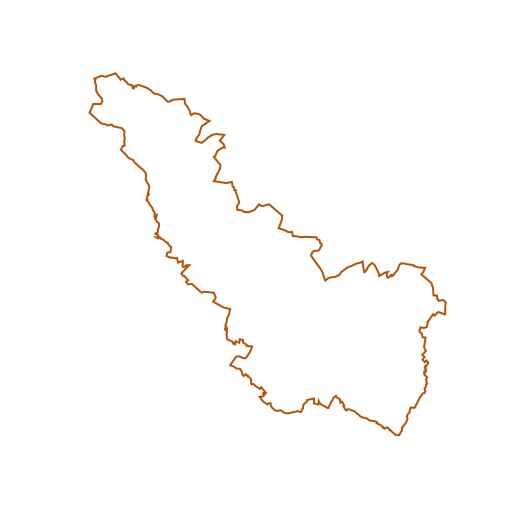 the district of Sampués, Sucre, Colombia, rotated 193°
{"feature_id": "7082276B86835655718123", "entity_name": "Sampués", "entity_type": "district", "adm_level": 2, "iso_a3": "COL", "parent_name": "Colombia", "parent_adm1": "Sucre", "projection": "orthographic", "projection_center": [-75.366, 9.156], "detail": "fine", "context": "isolated", "style": "outline", "palette": "amber", "viewbox_px": 512, "rotation_deg": 193, "n_neighbors": 0, "source": "geoboundaries", "source_scale": "gbopen_adm2", "svg_char_len": 6067}
<svg xmlns="http://www.w3.org/2000/svg" viewBox="0 0 512 512"><g transform="rotate(193 256 256)"><path d="M453.4,392.5L453.0,391.8L452.1,391.7L452.2,389.7L450.0,385.9L448.9,381.1L446.6,378.3L441.7,374.8L440.5,372.1L441.4,369.1L448.7,367.6L450.4,358.1L436.5,350.3L432.6,350.5L429.4,349.9L426.2,351.7L424.2,350.3L415.5,350.4L412.2,348.0L411.8,344.6L410.3,341.0L410.2,338.2L408.8,333.9L410.4,333.2L411.6,329.1L405.8,325.6L402.3,322.8L396.9,321.7L395.9,320.1L388.4,315.9L385.3,314.6L382.0,311.8L381.4,310.5L380.7,305.7L379.2,303.7L376.6,301.3L375.5,299.2L375.3,292.5L374.4,292.5L374.3,291.7L374.7,290.8L375.3,290.8L375.2,287.2L374.7,287.1L374.6,286.6L375.0,286.6L374.8,286.1L375.1,285.8L372.8,284.3L371.2,282.2L368.2,280.0L366.5,277.3L364.3,275.3L363.8,271.4L362.6,269.9L363.2,272.3L361.9,273.5L362.1,269.1L360.3,267.0L358.2,266.2L357.5,265.1L357.1,262.4L357.6,259.9L357.1,257.1L357.8,256.1L359.1,255.5L359.1,254.8L356.0,254.3L355.8,253.2L353.4,252.4L353.4,251.9L355.1,252.2L357.4,251.7L356.0,251.2L356.0,251.8L354.1,251.8L349.5,250.8L347.1,249.3L345.2,249.0L344.2,247.8L341.7,245.9L340.8,245.7L340.2,240.6L343.2,239.3L343.2,236.0L340.7,235.2L339.5,235.4L339.2,235.0L336.6,235.7L334.6,235.5L332.5,236.3L330.5,232.1L326.1,234.7L325.3,229.5L324.4,228.9L323.0,229.6L321.9,231.3L319.0,232.0L324.9,222.2L322.4,220.1L321.3,220.4L316.7,217.1L318.4,215.1L316.1,213.0L312.2,214.4L302.2,208.7L300.3,208.1L298.6,209.5L288.9,210.7L285.9,206.6L286.0,205.0L287.5,201.9L276.2,198.6L269.2,198.5L269.4,195.7L269.0,193.2L270.1,189.2L269.8,185.6L270.2,181.9L270.1,181.4L269.6,181.3L270.0,180.7L269.3,179.7L269.4,179.2L268.4,179.2L268.4,178.6L267.9,178.6L267.8,177.5L269.5,178.1L269.6,178.5L269.9,177.7L268.0,176.4L267.1,175.2L266.9,172.3L265.2,168.2L264.0,168.3L258.1,166.6L258.5,165.5L256.4,165.2L256.5,168.4L252.8,167.7L253.0,171.2L249.9,171.3L249.3,168.8L245.2,167.4L244.9,166.2L239.4,167.0L240.1,161.7L242.6,154.8L243.9,153.8L245.6,153.6L249.7,154.5L252.3,153.6L253.4,151.9L255.3,146.8L256.2,145.2L256.5,143.7L252.0,143.1L250.4,142.0L246.0,142.3L244.3,140.7L242.6,137.7L241.0,136.3L239.4,138.6L237.2,136.9L236.9,137.5L233.0,134.8L232.4,131.3L231.2,129.9L230.7,130.5L228.9,130.5L227.5,129.2L222.3,127.4L221.4,129.3L215.4,124.8L216.5,123.5L217.7,124.4L218.0,124.1L217.4,123.7L217.7,123.2L217.0,122.8L217.4,122.3L216.8,121.7L217.7,120.8L220.8,119.6L216.4,115.9L211.6,113.9L210.6,115.2L208.7,115.9L208.0,113.6L206.1,111.7L202.3,109.7L200.3,109.9L197.3,111.3L193.8,109.7L190.7,109.6L187.7,110.4L185.2,112.1L183.6,112.4L180.7,114.3L177.8,113.8L176.8,114.5L176.6,117.2L175.9,118.1L176.3,120.1L176.3,121.9L173.8,125.4L173.7,127.2L167.6,130.1L167.4,130.2L166.4,125.3L161.8,125.3L162.2,128.8L160.8,127.0L158.9,125.9L152.0,124.0L151.1,124.4L151.2,125.7L150.3,128.1L150.0,130.7L148.9,133.4L148.4,135.8L146.6,137.7L145.9,136.5L142.0,135.3L140.8,132.1L139.5,133.4L136.4,130.1L137.1,129.4L133.8,125.9L132.8,125.9L132.3,127.3L130.9,127.7L128.7,127.1L125.5,127.0L118.0,123.1L115.5,122.6L112.1,122.8L108.4,121.3L103.2,121.7L100.6,121.3L100.8,120.3L95.5,118.9L93.9,118.0L94.2,117.7L93.5,116.9L92.3,117.5L91.7,116.8L89.9,118.4L89.0,118.6L86.3,116.2L85.9,116.6L82.3,114.3L81.1,114.0L80.2,113.1L76.0,113.8L75.5,116.7L74.5,118.6L75.0,120.6L74.7,121.9L75.0,122.2L74.1,123.1L74.0,124.1L72.8,126.2L71.8,129.9L71.9,131.9L73.0,133.5L72.6,135.8L71.3,138.0L71.5,140.4L71.1,143.3L68.0,143.5L67.1,144.2L64.6,154.7L62.5,159.6L61.1,160.4L60.6,162.1L61.9,164.7L61.2,166.3L61.4,169.0L60.6,170.0L61.4,170.9L61.5,172.1L62.5,173.7L61.8,176.2L65.3,178.4L65.9,179.2L64.9,180.6L66.8,181.3L65.2,181.5L64.4,182.5L65.8,183.8L65.3,184.8L66.5,185.6L65.4,186.9L66.0,187.4L64.5,189.0L64.2,190.8L66.4,192.5L67.5,190.5L70.5,192.5L69.0,195.4L71.7,197.1L69.1,201.7L71.7,204.8L72.4,214.7L75.4,214.2L76.9,217.6L79.8,219.0L79.7,223.4L76.4,223.7L74.9,224.2L73.6,225.3L73.5,228.6L74.1,230.5L73.5,231.1L70.4,239.1L68.6,238.0L66.2,242.1L65.7,242.3L63.7,242.3L58.9,241.5L58.6,241.9L60.4,250.1L60.4,253.0L60.8,253.5L62.6,254.8L63.9,255.2L67.9,253.4L68.9,254.9L69.6,254.7L70.9,258.2L74.2,257.5L76.2,264.5L79.1,269.1L90.7,275.3L89.2,278.4L88.7,282.5L95.3,281.4L99.8,281.8L99.8,282.3L102.5,282.4L106.9,281.9L110.0,282.1L113.2,281.3L114.3,279.4L115.0,273.9L116.4,271.6L117.7,268.2L118.9,267.1L119.5,268.1L120.5,267.5L120.1,266.9L122.4,264.6L122.1,263.8L124.2,266.3L124.5,268.7L124.0,270.1L126.6,268.8L131.5,264.2L132.5,266.8L137.8,273.3L139.6,274.6L141.3,275.3L143.3,272.9L144.8,269.2L145.0,267.8L146.6,264.5L147.1,264.8L150.9,274.7L152.7,273.0L157.3,270.7L161.2,267.3L163.6,266.2L169.3,259.6L170.7,256.0L171.8,255.5L174.1,253.4L177.3,252.4L180.2,250.9L181.0,250.3L182.8,247.7L183.9,248.9L187.3,254.7L189.4,257.2L202.4,268.6L202.2,271.7L201.2,273.4L199.8,274.3L197.3,274.9L195.9,275.8L194.7,280.3L194.3,281.6L194.6,282.2L195.1,282.8L196.0,282.7L196.4,283.0L197.7,285.8L199.6,285.9L200.5,286.4L201.4,287.8L212.2,285.8L217.1,284.3L221.2,284.3L224.6,283.8L226.4,287.6L229.5,286.5L234.8,287.7L240.1,288.1L239.0,297.0L239.5,301.2L254.8,309.3L260.9,306.2L262.3,305.9L264.6,307.0L267.9,300.4L273.2,296.9L277.7,296.3L279.6,297.2L284.6,296.9L285.9,300.2L284.7,302.7L284.6,304.9L290.4,314.5L290.5,315.6L291.8,315.2L293.2,318.3L294.4,318.4L296.2,322.7L301.6,320.3L313.9,319.5L312.6,323.2L313.1,323.7L310.8,332.7L310.9,336.1L311.0,336.6L319.4,343.0L318.1,344.7L317.4,349.1L315.8,351.5L312.5,354.3L310.8,354.5L312.8,357.8L317.2,360.2L314.1,366.8L316.6,366.8L319.3,366.0L321.1,366.3L325.8,364.3L329.7,360.4L331.4,357.4L334.6,354.0L340.7,354.6L340.6,356.9L338.4,362.2L338.7,364.5L338.0,370.4L331.7,377.1L337.7,378.1L341.5,380.8L343.9,381.4L348.3,381.2L349.8,379.9L350.4,378.7L351.0,379.0L351.8,379.7L353.6,383.0L355.5,385.2L359.5,388.6L361.0,392.9L371.7,389.8L373.1,388.9L374.4,387.4L376.7,386.5L383.5,390.6L387.7,391.5L392.3,391.5L396.1,393.9L400.2,395.3L408.7,396.3L410.7,395.3L410.7,394.2L411.6,394.2L411.6,394.5L412.7,393.9L412.6,391.9L413.9,391.8L414.4,393.7L415.0,393.9L415.0,394.4L419.4,394.6L420.9,396.2L423.5,397.4L425.0,399.3L427.4,397.3L433.9,402.4L441.1,398.0L442.3,396.9L447.1,396.8L453.4,392.5Z" fill="none" stroke="#b45309" stroke-width="2"/></g></svg>